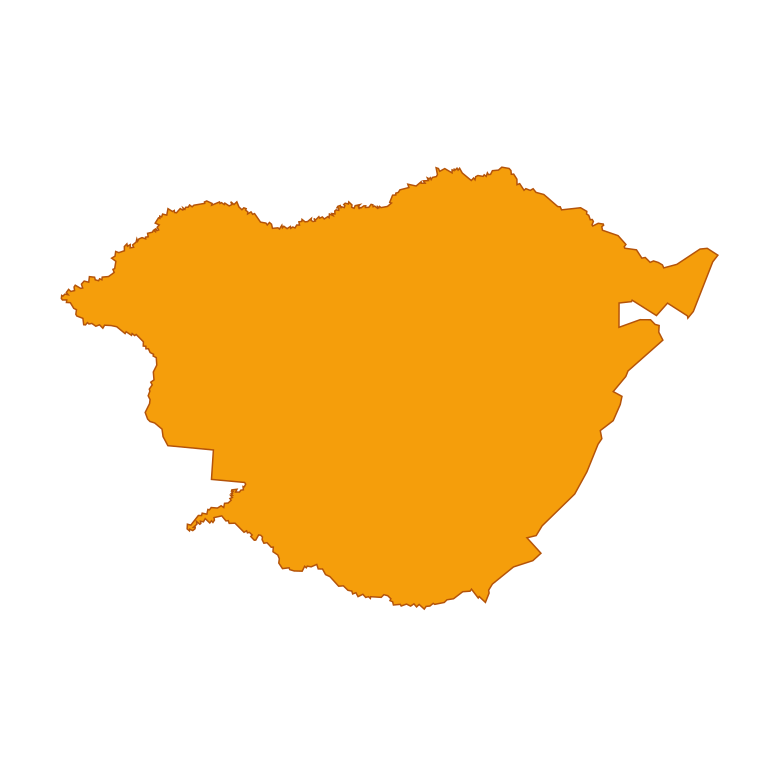 Feliciano, Entre Ríos, Argentina, rotated 3°
{"feature_id": "61730980B62856380670076", "entity_name": "Feliciano", "entity_type": "district", "adm_level": 2, "iso_a3": "ARG", "parent_name": "Argentina", "parent_adm1": "Entre Ríos", "projection": "robinson", "projection_center": [-58.86, -30.431], "detail": "fine", "context": "isolated", "style": "filled", "palette": "amber", "viewbox_px": 768, "rotation_deg": 3, "n_neighbors": 0, "source": "geoboundaries", "source_scale": "gbopen_adm2", "svg_char_len": 6130}
<svg xmlns="http://www.w3.org/2000/svg" viewBox="0 0 768 768"><g transform="rotate(3 384 384)"><path d="M496.7,596.8L499.9,587.3L499.3,584.4L502.7,578.1L522.9,559.9L541.9,552.6L549.6,544.8L534.8,530.1L543.9,527.4L549.3,517.4L580.2,483.9L591.2,461.1L600.9,433.0L604.4,427.2L602.4,419.2L614.8,408.6L621.0,392.1L622.3,383.9L613.3,379.6L625.1,363.8L627.0,358.2L660.2,325.6L655.7,317.9L655.7,311.2L651.6,310.3L646.8,305.9L636.3,306.4L615.7,315.1L614.5,290.8L626.8,288.8L627.4,287.3L652.5,301.4L662.9,288.4L683.5,300.1L684.0,302.3L689.1,295.4L705.9,244.8L710.7,237.9L699.7,231.6L692.5,232.7L670.2,249.2L657.3,253.4L655.8,250.5L651.6,248.3L646.7,247.0L643.4,248.6L638.3,244.0L634.9,244.8L629.1,236.8L617.4,235.8L616.7,234.4L618.3,232.0L610.0,223.6L594.1,219.0L593.3,215.4L595.0,214.0L594.6,212.8L589.5,212.3L584.2,215.3L583.4,214.2L584.6,210.7L583.3,208.8L581.4,209.2L579.6,204.8L577.4,203.7L577.5,201.0L571.1,197.7L552.2,200.8L550.7,197.8L548.2,197.7L533.7,186.4L525.8,184.7L522.7,181.2L519.9,183.0L515.4,181.5L513.7,183.2L509.0,176.8L506.4,178.0L506.0,172.5L502.5,167.6L500.2,167.9L499.6,164.2L497.6,162.2L490.3,161.3L487.1,164.4L481.1,165.3L479.4,169.1L477.4,169.4L476.2,167.7L475.2,171.3L473.1,169.8L472.1,171.5L466.9,170.9L464.7,172.2L464.2,175.3L462.7,173.6L460.5,176.2L451.1,169.2L448.2,164.6L446.8,166.5L445.6,164.7L444.2,166.4L442.9,165.8L442.8,167.2L440.8,166.6L440.9,169.6L433.4,165.7L428.5,168.7L427.1,166.0L424.7,165.3L426.4,172.1L425.4,174.1L421.5,175.2L420.4,177.4L419.4,175.6L418.5,176.8L416.5,175.9L417.7,178.5L412.7,179.1L414.5,181.3L410.7,181.6L410.5,180.1L405.7,184.6L397.3,183.2L398.6,186.5L389.7,189.3L388.3,191.9L385.8,192.8L385.9,194.6L382.7,195.0L380.2,202.3L382.0,202.9L378.1,206.5L371.8,208.0L370.2,206.9L369.6,208.4L368.2,207.2L368.2,208.7L365.3,206.8L363.9,207.5L363.5,205.6L361.7,205.3L359.6,208.4L356.2,208.7L356.4,207.0L354.5,207.2L351.7,209.4L350.3,208.8L350.1,210.6L349.0,207.9L350.7,206.1L345.9,207.4L344.9,210.1L342.5,209.2L342.6,206.8L339.3,204.0L339.0,206.1L335.8,205.5L334.4,206.9L335.6,207.9L335.1,209.9L331.9,209.2L332.0,210.8L331.0,208.0L328.6,209.0L327.8,210.5L329.7,210.6L329.7,213.0L327.1,212.6L325.8,213.8L326.1,216.7L323.0,216.5L324.3,218.5L320.6,217.1L320.4,220.8L319.1,219.8L315.7,222.3L313.7,220.4L311.1,221.8L310.2,220.3L307.1,223.8L305.3,222.3L306.8,224.9L304.6,225.5L302.6,224.4L302.8,222.4L299.2,225.8L296.7,226.2L293.5,223.9L293.4,225.9L290.5,226.5L291.3,229.7L288.5,229.8L287.0,232.8L284.7,232.0L282.7,233.4L282.3,231.6L279.1,233.9L275.7,231.7L274.4,233.3L273.7,230.8L271.5,234.7L269.9,233.6L264.5,234.4L263.3,230.3L261.2,228.7L259.1,231.3L257.7,229.5L252.2,228.8L245.8,220.6L243.9,221.4L242.2,219.1L238.9,221.3L239.0,219.3L236.7,217.6L237.2,216.1L234.8,215.4L233.0,217.4L229.9,214.8L227.5,209.8L224.8,212.6L221.4,210.0L222.7,212.7L220.1,214.3L215.6,211.7L215.0,213.1L212.2,211.4L210.8,212.3L210.2,210.8L202.5,214.5L202.9,212.7L197.4,210.5L195.2,211.6L195.5,213.0L184.8,215.4L183.1,217.1L180.5,215.4L179.2,217.7L176.7,217.9L176.0,220.0L174.0,218.6L174.7,220.3L173.8,220.8L171.3,219.5L167.8,223.9L165.8,223.7L165.5,221.7L163.7,222.8L159.1,220.2L158.2,226.7L154.0,225.9L153.2,228.7L151.3,228.1L151.5,230.3L150.1,229.9L147.1,235.3L151.2,236.9L149.3,239.3L150.9,242.0L149.1,242.8L148.1,240.9L146.9,241.7L147.5,243.7L145.7,242.6L144.8,244.5L140.0,245.9L140.8,249.3L138.2,249.8L138.4,251.5L134.7,250.5L131.7,251.9L130.5,254.3L129.6,252.1L129.0,255.3L125.7,258.3L126.8,260.6L123.4,261.3L123.3,258.1L120.6,259.9L119.9,257.5L117.5,260.3L117.8,264.5L112.3,266.7L109.1,265.7L108.7,270.4L105.4,272.6L109.8,275.5L109.0,282.9L107.3,283.7L108.7,286.7L103.3,291.1L97.0,292.0L96.8,294.7L94.5,293.8L93.6,295.8L90.2,295.1L89.4,292.5L84.2,292.2L83.8,297.8L79.2,296.9L76.6,300.1L78.1,303.9L76.1,304.4L70.5,301.5L69.4,303.4L70.1,306.9L66.4,308.0L64.1,306.0L62.0,309.2L63.9,311.4L60.7,310.9L58.7,313.0L57.5,312.4L57.3,315.5L58.5,316.9L62.8,316.7L62.6,319.2L66.5,319.2L70.2,324.7L73.0,325.9L72.6,330.5L73.7,332.2L79.9,334.2L81.0,340.5L82.8,340.6L84.6,338.2L86.2,339.5L89.1,338.8L93.2,341.4L96.8,339.8L100.3,343.0L101.9,339.9L108.4,339.9L114.1,340.8L122.8,347.2L123.8,345.3L129.3,348.6L129.8,346.8L132.5,348.7L133.9,347.5L141.5,354.4L141.6,358.7L144.2,358.8L144.4,361.3L146.9,361.1L148.8,364.8L152.3,366.4L152.0,368.1L155.2,369.6L156.1,377.0L153.0,384.1L154.1,391.9L151.0,394.4L152.6,397.0L149.9,401.4L150.6,403.4L149.1,408.1L151.2,411.8L150.9,415.9L147.0,424.9L149.8,431.4L152.3,433.7L157.0,434.9L164.7,440.7L166.1,448.1L171.4,456.9L217.1,458.8L216.7,488.3L249.9,489.6L251.1,491.2L249.9,494.0L248.6,493.7L249.1,497.0L246.6,497.5L245.3,499.5L241.4,499.7L242.7,496.8L237.6,497.7L237.3,499.0L238.9,499.2L237.6,500.8L239.0,500.9L237.2,501.7L238.5,503.1L236.6,503.2L238.5,505.3L236.1,506.4L237.4,508.1L234.6,511.0L231.0,511.5L230.4,515.7L227.7,514.1L224.2,516.6L217.9,516.4L216.3,518.8L214.7,518.5L213.9,523.2L209.2,522.5L208.7,524.9L205.5,525.0L198.5,535.0L195.0,534.3L195.0,539.0L197.4,540.8L197.6,539.2L200.7,540.4L202.8,538.5L203.0,537.0L201.2,537.1L204.5,533.8L204.0,531.1L207.4,533.7L208.4,532.8L207.9,530.6L210.9,531.1L212.5,527.8L217.3,531.9L218.9,529.6L220.4,531.2L221.8,528.8L221.2,526.3L228.9,524.2L233.3,529.0L235.6,528.6L236.7,531.3L242.5,530.8L252.0,539.4L254.5,537.8L255.4,539.8L257.4,539.2L260.2,541.7L258.9,543.2L262.6,546.8L264.1,546.6L266.7,541.3L268.8,541.5L270.6,543.1L270.4,545.8L272.4,549.3L275.5,548.6L279.9,552.9L282.0,552.7L281.9,557.3L286.9,560.3L288.6,564.0L288.3,568.3L292.3,573.7L298.8,572.5L299.6,574.3L304.1,575.4L312.1,575.2L314.3,570.2L316.0,571.6L316.9,569.9L320.8,570.4L326.3,567.7L328.0,572.1L332.3,572.0L335.6,577.4L340.1,579.2L349.3,588.3L354.0,587.7L358.8,591.9L362.7,592.5L363.7,595.3L366.9,593.9L369.2,597.7L373.9,595.1L376.9,598.1L379.6,597.2L381.6,598.8L381.8,597.1L392.4,597.2L394.9,594.4L398.8,595.2L402.1,598.1L401.3,600.0L404.0,601.0L405.0,604.2L411.8,603.2L412.8,604.8L418.0,602.6L422.2,604.4L425.4,602.0L428.2,604.9L430.6,602.3L436.0,606.7L437.7,603.9L441.5,603.3L444.6,600.5L446.2,601.4L455.6,599.0L458.2,596.2L464.7,594.8L473.5,587.3L480.8,586.4L482.1,584.3L489.3,592.8L490.2,591.3L496.7,596.8Z" fill="#f59e0b" stroke="#b45309" stroke-width="1.5"/></g></svg>